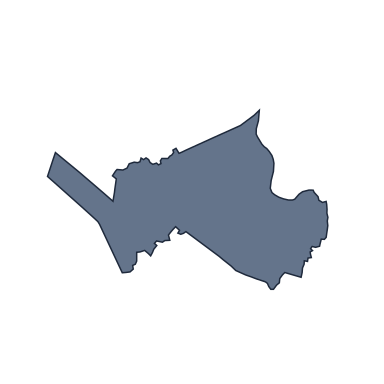 outline of Canhotinho, Pernambuco, Brazil, rotated 292°
{"feature_id": "56859067B30065797041246", "entity_name": "Canhotinho", "entity_type": "district", "adm_level": 2, "iso_a3": "BRA", "parent_name": "Brazil", "parent_adm1": "Pernambuco", "projection": "natural_earth1", "projection_center": [-36.177, -8.872], "detail": "fine", "context": "isolated", "style": "filled", "palette": "slate", "viewbox_px": 384, "rotation_deg": 292, "n_neighbors": 0, "source": "geoboundaries", "source_scale": "gbopen_adm2", "svg_char_len": 2031}
<svg xmlns="http://www.w3.org/2000/svg" viewBox="0 0 384 384"><g transform="rotate(292 192 192)"><path d="M140.9,246.2L138.0,256.1L135.6,262.0L135.2,272.9L135.5,278.6L135.6,284.5L136.2,293.8L135.5,296.2L133.1,298.6L131.3,301.5L132.3,304.0L137.4,305.3L140.5,307.0L144.6,305.8L149.0,306.9L152.1,308.2L153.8,325.1L158.5,324.3L163.0,322.9L167.0,323.0L170.3,321.9L170.9,325.1L174.2,324.3L175.9,327.2L178.8,325.1L180.7,324.0L182.8,325.7L183.9,323.2L186.5,323.8L187.0,327.3L189.5,330.6L191.7,330.2L196.7,329.5L197.7,332.5L200.2,333.4L204.1,332.4L207.9,331.5L211.7,330.5L215.8,328.3L219.4,327.5L222.9,325.0L226.5,323.7L231.0,321.5L233.5,319.9L231.2,316.9L231.9,312.7L234.9,310.6L237.4,305.4L239.1,303.6L237.6,299.7L233.7,294.4L230.1,292.1L223.7,289.9L222.1,288.0L220.7,284.4L219.9,279.4L219.7,274.4L220.4,269.7L221.4,266.4L224.7,263.2L232.3,261.1L241.6,259.8L249.3,257.2L252.7,255.1L255.8,252.4L258.5,248.4L260.3,245.0L261.0,242.0L262.5,238.9L267.6,232.1L269.7,229.8L274.8,227.9L282.9,226.9L293.0,223.8L286.5,220.9L271.8,212.0L250.4,191.5L230.4,172.5L228.5,170.7L225.2,167.7L223.0,165.5L226.5,160.8L223.7,158.6L221.7,160.2L218.7,159.4L216.9,158.0L214.0,157.1L211.8,151.5L209.0,151.0L206.7,152.6L204.6,150.7L205.5,148.3L203.0,145.3L203.6,142.1L205.8,139.6L206.4,136.6L203.9,135.0L204.4,132.1L200.5,132.4L198.8,130.5L198.0,127.2L196.4,125.3L194.7,123.2L189.8,122.8L186.5,119.7L184.8,114.1L182.7,113.3L177.2,112.2L175.8,116.9L165.3,119.5L162.4,120.3L153.8,122.2L157.9,110.4L164.7,90.2L165.6,87.5L168.1,80.1L177.4,50.6L170.4,51.0L152.3,52.2L145.2,72.1L137.1,94.8L132.0,108.7L129.3,115.8L127.4,118.4L91.0,157.6L92.6,160.8L94.7,164.5L98.5,166.4L101.7,164.5L103.8,166.5L107.2,166.6L115.4,163.3L116.9,166.2L120.1,170.0L118.6,174.6L117.3,177.6L121.0,178.0L124.6,178.0L129.2,179.4L130.3,176.4L133.3,177.5L134.4,183.4L136.8,185.0L138.9,189.5L143.3,186.3L145.5,186.9L147.8,187.6L150.2,188.4L153.7,189.8L151.8,194.8L148.6,194.3L148.6,197.4L150.5,199.6L153.0,201.2L142.5,241.3L140.9,246.2Z" fill="#64748b" stroke="#1e293b" stroke-width="1.5"/></g></svg>